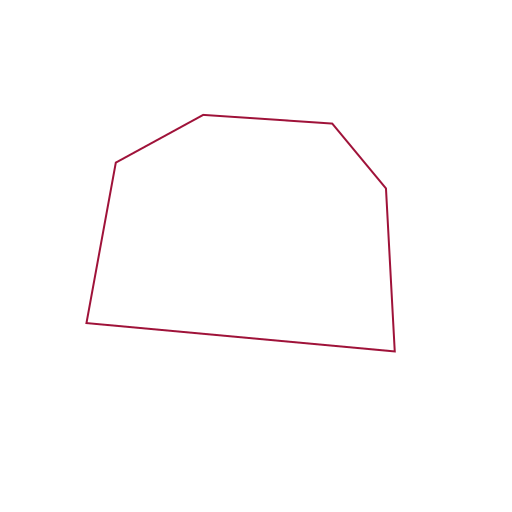 the border of Xgħajra, rotated 125°
{"feature_id": "MLT-5952", "entity_name": "Xgħajra", "entity_type": "state/province", "adm_level": 1, "iso_a3": "MLT", "parent_name": "Malta", "parent_adm1": "", "projection": "equal_earth", "projection_center": [14.546, 35.883], "detail": "fine", "context": "isolated", "style": "outline", "palette": "rose", "viewbox_px": 512, "rotation_deg": 125, "n_neighbors": 0, "source": "natural_earth", "source_scale": "10m", "svg_char_len": 248}
<svg xmlns="http://www.w3.org/2000/svg" viewBox="0 0 512 512"><g transform="rotate(125 256 256)"><path d="M254.6,87.6L408.2,356.4L259.9,424.4L170.7,380.2L103.8,269.5L126.1,188.3L254.6,87.6Z" fill="none" stroke="#9f1239" stroke-width="2"/></g></svg>